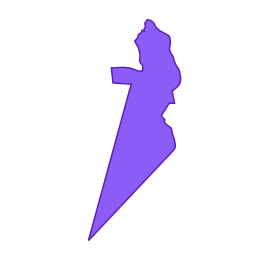 Kisumu Central, Nyanza, Kenya (Equal Earth projection), rotated 348°
{"feature_id": "3690345B55069358333072", "entity_name": "Kisumu Central", "entity_type": "district", "adm_level": 2, "iso_a3": "KEN", "parent_name": "Kenya", "parent_adm1": "Nyanza", "projection": "equal_earth", "projection_center": [34.761, -0.118], "detail": "fine", "context": "isolated", "style": "filled", "palette": "violet", "viewbox_px": 256, "rotation_deg": 348, "n_neighbors": 0, "source": "geoboundaries", "source_scale": "gbopen_adm2", "svg_char_len": 1901}
<svg xmlns="http://www.w3.org/2000/svg" viewBox="0 0 256 256"><g transform="rotate(348 128 128)"><path d="M65.9,229.9L168.4,158.9L169.7,157.4L170.4,155.8L170.7,154.2L170.9,152.7L170.9,150.1L170.9,148.3L170.7,146.4L170.4,144.5L170.4,142.6L170.2,140.6L170.4,138.6L170.4,137.2L169.6,136.7L168.9,135.5L168.2,134.8L165.9,131.9L164.6,129.4L165.8,127.7L163.1,123.0L173.5,112.3L178.7,113.5L178.9,101.0L179.8,100.7L181.2,100.0L182.6,99.2L184.2,98.3L185.4,97.4L186.9,96.5L187.9,95.1L188.9,93.6L189.6,91.5L190.0,89.2L190.1,87.3L190.1,85.3L190.1,83.4L189.9,81.7L189.6,80.5L189.1,79.1L188.5,77.7L187.9,76.1L187.5,74.3L187.3,72.7L187.1,71.6L186.9,70.0L187.0,68.4L186.9,67.2L186.4,65.7L185.6,64.2L185.1,62.2L185.0,60.6L185.1,58.9L185.6,57.7L186.1,56.3L186.7,55.0L187.2,53.7L187.3,52.5L187.4,51.2L187.6,50.0L187.8,48.6L187.3,46.8L186.3,45.4L185.3,44.6L184.4,43.8L183.1,42.8L181.9,41.6L180.7,40.7L179.5,39.7L178.9,38.9L178.2,38.1L177.3,36.9L176.7,35.8L176.1,34.5L175.7,33.2L175.4,31.8L175.0,30.5L174.5,29.6L173.6,28.7L172.7,27.7L171.5,26.8L170.2,26.5L169.3,26.1L167.5,27.8L166.3,28.9L166.2,30.1L166.0,32.1L165.8,33.6L164.7,33.9L164.1,35.1L164.1,36.7L163.1,35.9L162.1,35.3L161.6,36.4L160.6,37.4L159.4,38.1L158.6,38.4L157.6,38.8L157.0,39.9L156.7,40.9L156.1,41.7L155.2,42.5L153.9,43.5L152.7,44.3L152.9,45.6L153.3,46.7L153.7,47.8L154.0,49.0L154.7,50.9L154.9,52.4L154.9,54.2L155.0,55.7L155.0,57.2L154.9,58.9L154.6,60.7L154.1,61.9L153.8,63.2L153.3,64.6L153.4,65.9L153.9,67.4L154.9,68.8L155.2,70.0L155.1,71.5L154.8,72.8L154.2,74.4L153.5,75.8L152.6,75.4L151.8,74.6L151.0,74.8L149.9,74.4L148.4,73.4L147.6,72.9L146.6,72.2L145.5,71.6L144.3,70.9L143.3,70.3L142.2,69.8L141.0,69.3L139.6,68.9L138.7,68.5L137.6,68.2L136.5,67.9L135.4,67.6L134.4,67.4L133.2,67.2L131.9,67.0L130.7,66.8L129.3,66.6L128.1,66.4L126.8,66.2L125.7,66.0L124.2,65.7L122.7,80.8L140.2,85.8L65.9,229.9Z" fill="#8b5cf6" stroke="#5b21b6" stroke-width="1.5"/></g></svg>